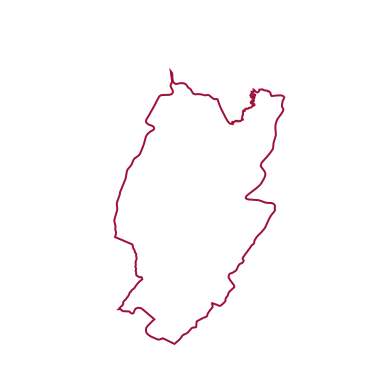 Sambú, Emberá, Panama, rotated 50°
{"feature_id": "35544464B41200753641773", "entity_name": "Sambú", "entity_type": "district", "adm_level": 2, "iso_a3": "PAN", "parent_name": "Panama", "parent_adm1": "Emberá", "projection": "mercator", "projection_center": [-78.143, 7.844], "detail": "fine", "context": "isolated", "style": "outline", "palette": "rose", "viewbox_px": 384, "rotation_deg": 50, "n_neighbors": 0, "source": "geoboundaries", "source_scale": "gbopen_adm2", "svg_char_len": 5952}
<svg xmlns="http://www.w3.org/2000/svg" viewBox="0 0 384 384"><g transform="rotate(50 192 192)"><path d="M156.0,259.4L157.1,260.3L158.4,261.8L161.6,266.8L163.6,269.6L164.4,270.2L168.9,272.5L169.5,273.0L170.9,274.5L174.4,276.3L174.9,276.8L177.1,279.9L193.8,271.4L195.4,272.1L197.3,273.2L199.5,273.4L200.2,273.7L201.2,274.2L201.8,274.5L202.6,274.6L203.3,274.5L203.8,274.7L205.2,276.0L207.0,276.9L207.5,277.3L209.6,280.5L211.6,281.8L212.8,283.4L214.6,284.0L215.3,284.7L216.2,285.9L217.2,286.2L219.6,288.0L220.8,288.0L221.9,287.6L223.1,287.2L223.7,286.8L224.5,285.7L225.0,285.4L225.5,285.5L226.8,286.1L226.9,287.7L226.8,290.5L227.5,294.3L228.6,298.1L228.5,301.2L229.2,303.5L229.0,304.0L229.1,304.3L229.3,305.0L230.2,306.3L230.7,307.8L231.0,308.8L231.2,310.4L231.7,311.6L231.7,313.7L232.1,315.0L232.5,315.9L233.5,316.6L234.0,317.8L234.1,318.6L234.1,320.3L234.5,322.4L234.6,323.5L235.7,322.1L236.1,322.0L237.6,322.0L239.4,321.0L243.0,317.0L243.5,316.8L245.5,316.6L246.4,316.1L246.9,315.6L247.1,315.2L247.1,314.7L246.6,313.6L245.4,311.4L245.2,310.6L245.3,309.6L245.8,308.2L246.4,307.3L247.6,306.3L249.2,305.4L265.3,302.6L265.5,306.2L266.0,311.7L266.3,313.2L266.6,314.2L267.6,315.5L269.1,316.7L270.6,317.3L271.9,317.4L272.8,317.3L276.0,316.5L282.3,313.4L283.3,312.7L284.1,311.9L284.5,310.5L285.2,309.3L285.1,308.6L285.2,308.4L297.1,303.1L297.0,296.4L296.8,295.3L295.8,291.4L295.9,290.5L296.8,287.0L297.0,285.6L296.1,280.0L296.3,279.1L296.6,278.1L297.8,276.6L298.1,275.7L297.9,275.4L297.2,274.7L294.5,272.0L294.2,271.6L294.2,271.3L295.5,265.0L296.7,261.3L296.8,260.5L296.6,260.0L295.6,258.7L294.7,256.4L293.3,250.2L292.5,249.4L290.1,248.3L290.2,248.0L290.6,247.7L294.5,245.3L296.4,244.5L297.2,243.7L297.4,243.1L297.5,242.3L297.4,239.0L297.2,237.5L296.8,236.3L295.4,234.8L294.9,234.1L294.4,231.3L293.3,229.7L292.4,227.7L292.1,221.0L291.9,220.6L291.1,220.1L289.8,219.7L284.4,219.5L281.5,219.0L280.8,218.7L280.2,218.2L279.7,217.5L279.2,216.7L279.0,215.9L279.0,215.2L280.0,212.8L280.4,208.9L280.2,207.9L278.3,203.9L278.0,202.8L277.9,201.5L278.6,199.3L278.5,197.9L278.1,197.0L277.7,196.5L277.2,196.3L276.1,196.3L275.6,196.1L275.2,195.5L274.8,194.2L274.0,191.5L272.5,185.2L271.3,180.7L271.2,179.9L271.4,178.5L271.3,177.8L270.9,177.1L269.7,175.7L269.3,175.2L268.1,171.5L267.8,169.7L267.4,164.7L266.5,159.4L261.6,149.0L260.6,145.8L259.9,141.9L259.4,140.4L259.0,139.8L257.7,139.2L257.3,138.6L255.9,137.3L255.2,137.1L254.3,137.0L253.5,137.2L252.7,137.4L251.4,138.4L248.5,141.5L247.2,142.6L242.7,145.2L241.3,146.1L239.7,147.6L234.9,152.6L233.6,153.8L232.7,154.4L232.0,154.7L231.3,154.7L230.8,154.4L230.5,153.8L230.2,153.1L230.0,151.2L230.1,148.2L230.5,139.8L230.4,137.8L230.3,135.3L229.9,133.6L229.6,132.7L228.2,128.7L227.2,126.5L226.3,125.2L225.6,124.4L224.9,123.9L223.9,123.4L222.1,123.1L217.1,122.8L216.4,122.7L215.9,122.3L214.3,119.8L213.2,111.9L212.6,108.4L212.1,106.1L210.9,102.1L206.7,97.8L202.8,91.8L202.4,91.3L200.8,90.0L196.4,86.9L195.1,85.7L193.3,83.6L192.1,81.7L191.3,80.2L190.7,78.3L189.5,73.3L188.7,70.9L188.0,69.5L187.6,69.0L187.0,68.7L184.8,68.3L183.8,67.8L180.7,64.3L179.2,61.0L179.0,60.6L178.6,60.5L177.4,60.5L176.6,60.7L175.4,61.5L173.1,64.2L170.4,68.3L169.7,69.2L169.4,69.4L169.0,69.4L168.5,69.1L168.1,69.1L167.7,69.0L167.1,68.5L166.2,68.1L164.9,68.3L164.0,68.5L163.6,69.2L162.9,69.1L160.9,71.0L160.4,71.2L160.1,71.6L159.6,71.8L158.8,71.9L156.9,74.6L157.5,75.0L157.8,75.7L157.9,77.4L157.7,78.1L156.9,78.6L153.9,78.8L153.2,79.0L154.8,80.2L154.8,80.7L154.4,81.3L154.2,81.5L153.6,81.6L153.5,81.8L154.2,81.9L154.6,82.3L155.3,84.7L155.6,85.2L155.8,85.1L155.6,83.7L155.8,82.7L156.1,82.4L157.1,81.6L158.0,81.2L158.3,81.3L158.6,81.6L158.6,82.2L158.1,83.4L157.0,85.1L157.1,85.5L157.4,85.8L157.6,85.7L158.4,83.8L158.9,83.3L159.4,83.1L159.9,83.5L160.1,84.0L159.9,84.5L159.3,85.1L159.3,85.5L159.5,85.6L161.3,85.5L161.6,85.6L161.8,85.8L162.2,86.6L162.2,87.1L161.9,87.3L161.0,87.3L160.7,87.4L160.6,87.7L161.0,89.0L161.3,89.6L161.7,89.7L161.9,88.7L162.7,88.3L163.0,88.3L163.6,89.3L163.8,89.4L164.2,89.1L164.1,88.2L164.4,87.9L164.7,87.8L165.1,87.9L165.5,88.1L165.6,88.4L165.6,88.9L165.0,90.3L165.3,92.0L164.6,93.8L164.1,94.2L164.2,95.7L163.9,96.2L163.3,96.4L163.2,96.6L162.7,97.7L162.8,98.5L163.6,99.1L163.7,99.6L163.1,99.7L162.6,100.5L162.8,100.7L163.0,100.4L163.4,101.6L164.6,102.4L165.1,103.2L165.3,103.2L165.9,103.7L166.2,104.5L166.4,104.9L167.7,106.3L168.1,106.4L169.1,106.3L169.3,106.5L168.7,107.9L168.8,109.4L168.4,109.6L168.3,110.0L167.7,111.1L167.0,111.1L166.8,112.1L166.5,112.1L165.3,113.0L165.6,114.3L165.5,114.6L165.1,115.1L165.3,115.4L164.3,115.9L164.3,116.1L164.4,116.4L164.8,116.7L165.4,116.2L165.8,116.2L165.9,116.5L165.9,117.1L166.1,117.3L165.4,117.7L164.3,118.8L163.9,119.0L163.2,119.1L160.9,119.2L156.3,118.4L149.5,116.8L145.9,115.9L143.1,115.0L137.2,112.8L135.4,115.0L134.7,115.5L130.4,116.5L128.9,116.7L128.4,117.0L127.4,118.1L126.5,119.7L126.0,120.2L124.4,121.2L122.4,122.9L120.3,125.1L119.8,126.1L119.5,126.5L117.7,127.7L117.1,127.8L114.0,127.3L112.6,127.0L111.4,127.2L109.9,127.7L108.8,127.7L106.2,127.4L104.8,127.7L103.5,128.4L101.9,130.0L100.5,132.1L99.4,134.2L98.8,135.0L96.7,135.8L95.4,135.5L93.9,134.9L91.8,133.5L89.6,131.8L88.1,130.8L85.9,130.7L94.3,136.0L94.9,136.8L96.3,139.5L97.0,140.2L98.1,140.7L100.9,141.3L102.0,141.6L102.9,142.1L103.5,142.9L103.8,143.7L103.9,144.5L103.8,145.2L103.4,146.2L102.6,147.4L98.7,152.3L98.0,153.6L97.8,154.2L97.7,155.1L97.9,156.2L102.1,166.4L105.5,175.5L107.1,180.2L107.7,181.2L108.4,181.9L108.8,182.2L109.7,182.4L110.6,182.3L112.5,181.8L115.7,180.0L116.9,179.6L117.6,179.6L118.3,179.8L119.0,180.3L119.3,180.7L119.6,181.8L118.9,185.5L119.0,188.4L119.2,189.7L119.8,191.3L120.6,192.7L124.2,197.8L126.0,200.9L128.1,204.8L129.5,207.7L129.7,208.7L129.8,209.6L129.4,214.1L129.6,215.6L130.0,216.7L131.7,219.7L132.3,221.1L132.6,222.3L133.2,226.1L133.7,227.6L133.9,228.1L139.1,234.3L146.0,247.4L147.0,248.3L148.3,250.3L151.8,256.2L153.0,257.5L156.0,259.4Z" fill="none" stroke="#9f1239" stroke-width="2"/></g></svg>